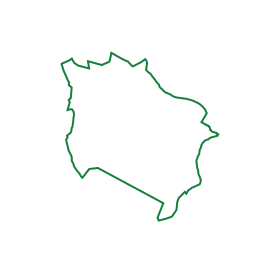 Jos East, Plateau, Nigeria (Robinson projection), rotated 124°
{"feature_id": "59680162B89640587380951", "entity_name": "Jos East", "entity_type": "district", "adm_level": 2, "iso_a3": "NGA", "parent_name": "Nigeria", "parent_adm1": "Plateau", "projection": "robinson", "projection_center": [9.087, 9.867], "detail": "fine", "context": "isolated", "style": "outline", "palette": "green", "viewbox_px": 256, "rotation_deg": 124, "n_neighbors": 0, "source": "geoboundaries", "source_scale": "gbopen_adm2", "svg_char_len": 2328}
<svg xmlns="http://www.w3.org/2000/svg" viewBox="0 0 256 256"><g transform="rotate(124 128 128)"><path d="M194.7,138.0L183.7,137.2L178.0,130.7L177.3,123.8L174.8,98.6L172.8,79.0L170.6,56.7L186.0,53.3L187.5,50.7L183.2,46.9L182.9,46.5L177.0,42.1L169.1,42.0L165.9,43.5L164.2,44.5L161.5,45.9L157.5,46.8L149.1,45.1L149.8,42.9L147.7,43.1L145.9,43.1L145.1,42.8L143.2,42.1L141.5,41.5L140.5,40.6L138.9,39.9L137.8,39.0L137.6,38.9L136.5,38.3L134.6,37.1L132.9,37.4L130.6,38.4L128.9,40.4L128.1,41.7L127.4,42.8L126.6,44.1L124.6,45.6L124.2,46.0L123.3,46.9L123.0,47.6L122.3,48.3L121.4,49.1L119.5,50.8L118.2,51.9L116.8,53.1L113.3,53.9L113.0,54.0L112.0,54.3L111.9,54.3L109.8,54.4L109.6,54.4L108.1,55.4L107.3,55.7L105.7,56.4L104.1,56.5L100.9,57.6L98.5,57.7L96.0,57.3L94.0,56.4L92.5,55.0L90.6,54.6L89.5,53.9L88.3,52.9L86.0,50.8L84.1,49.4L83.7,49.9L83.4,50.0L83.0,50.1L82.7,49.9L82.6,50.3L82.7,50.8L83.1,51.1L82.9,51.7L82.7,52.1L82.8,52.6L83.2,53.1L83.2,54.0L83.4,54.6L83.7,55.1L84.0,55.8L83.8,57.6L83.3,58.3L83.4,58.8L83.5,59.2L83.2,59.3L82.8,59.4L82.4,59.9L82.0,60.4L81.6,60.8L81.7,61.5L81.4,61.6L81.3,62.1L81.4,62.4L81.2,62.7L81.4,63.6L81.7,64.1L81.9,64.6L81.6,64.9L82.2,70.3L81.0,70.4L71.7,71.0L69.4,74.7L68.7,77.5L68.1,81.2L68.2,84.0L69.2,90.3L70.2,93.0L70.3,93.6L71.1,95.7L73.7,101.1L75.5,104.7L76.4,107.4L76.6,112.0L77.6,117.4L76.9,121.1L76.3,124.8L74.7,126.7L74.1,129.5L73.5,131.1L72.8,132.9L71.9,136.0L70.4,139.8L70.5,141.6L69.8,145.5L63.6,148.4L62.0,150.3L61.3,152.2L66.2,154.0L74.1,158.4L74.3,159.4L72.9,165.4L73.6,168.2L74.3,174.5L74.4,175.9L75.0,183.8L82.5,180.7L84.0,180.8L89.9,184.7L90.0,184.6L90.4,184.8L95.0,198.5L100.4,193.6L103.9,203.6L104.1,203.9L104.1,209.0L101.9,213.4L104.6,214.4L111.8,218.9L112.2,218.8L117.1,212.6L117.1,212.4L122.8,203.4L123.1,202.3L125.6,201.0L125.9,197.4L135.1,192.2L138.0,192.8L139.2,190.7L146.9,188.1L144.6,186.2L143.9,184.7L144.6,182.8L145.2,182.1L146.2,180.9L147.7,179.9L148.3,179.6L150.1,178.9L151.7,177.9L153.9,176.7L158.0,174.8L159.6,174.7L161.6,173.5L163.9,172.9L164.1,172.9L165.7,173.5L168.5,174.2L169.6,172.8L172.4,172.7L174.3,170.8L176.0,168.8L177.4,167.3L179.0,165.5L179.6,164.9L180.3,163.8L181.3,162.0L183.1,158.8L184.6,157.7L187.0,155.9L187.3,155.1L187.7,154.0L190.0,151.2L191.0,148.7L192.2,145.6L192.9,142.8L194.4,139.9L194.7,138.0Z" fill="none" stroke="#15803d" stroke-width="2"/></g></svg>